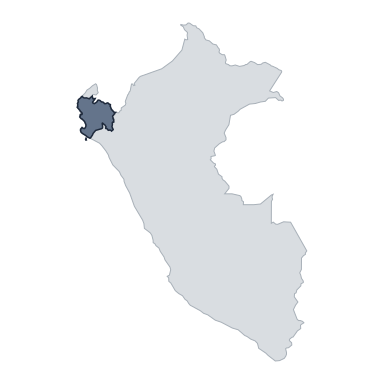 where Piura sits in Peru
{"feature_id": "PER-567", "entity_name": "Piura", "entity_type": "Department", "adm_level": 1, "iso_a3": "PER", "parent_name": "Peru", "parent_adm1": "", "projection": "mercator", "projection_center": [-80.245, -5.271], "detail": "fine", "context": "in_parent", "style": "filled", "palette": "slate", "viewbox_px": 384, "rotation_deg": 0, "n_neighbors": 0, "source": "natural_earth", "source_scale": "10m", "svg_char_len": 7030}
<svg xmlns="http://www.w3.org/2000/svg" viewBox="0 0 384 384"><path d="M283.5,99.2L283.4,100.4L282.0,101.0L280.6,100.1L278.6,100.4L275.6,97.6L268.4,98.1L265.3,101.3L260.5,102.0L255.3,103.5L249.5,104.1L240.2,109.2L238.1,111.3L234.0,114.3L230.5,115.3L228.9,124.7L225.5,130.1L224.2,133.1L226.0,137.6L226.0,139.8L224.1,141.6L222.6,141.8L219.4,143.7L214.7,147.9L213.9,151.1L215.4,155.3L214.9,155.7L211.0,156.5L211.1,158.9L210.3,159.8L213.6,163.1L215.4,163.9L215.5,164.8L215.2,165.6L214.5,166.0L214.4,166.7L216.8,169.2L218.5,174.2L222.0,176.7L222.0,178.3L223.0,179.9L224.8,181.1L229.0,186.1L229.0,188.4L224.7,193.8L231.9,193.8L239.8,195.6L240.9,196.5L241.8,198.9L241.9,200.5L243.5,201.8L243.3,204.7L253.7,204.7L260.5,204.0L271.4,195.0L273.1,194.3L272.2,196.2L272.1,197.7L272.6,199.2L271.4,201.4L271.3,223.3L273.2,222.1L275.8,224.2L277.7,224.3L283.6,221.8L290.6,222.2L306.8,250.9L305.4,252.9L305.4,254.4L303.5,255.6L301.5,258.0L301.4,269.4L299.7,272.9L300.6,274.7L301.5,278.4L303.0,280.6L303.4,282.0L303.2,282.6L301.0,283.8L300.8,285.9L296.8,290.0L296.1,292.8L294.5,293.7L294.3,296.9L297.9,302.0L295.6,305.1L293.4,309.6L297.1,319.2L298.6,320.6L300.2,320.5L302.6,321.4L303.9,322.8L301.0,324.6L300.5,325.4L300.7,328.6L297.4,330.9L293.1,337.0L291.9,337.3L289.7,339.1L289.3,340.1L289.7,340.9L291.6,342.7L291.8,345.0L288.6,347.7L286.4,348.0L285.6,348.7L286.5,352.5L286.5,354.2L285.8,356.1L284.3,358.3L279.6,360.6L275.3,361.0L268.1,355.4L265.8,353.1L258.7,348.3L257.5,343.4L255.1,340.9L250.7,339.1L247.2,336.6L244.6,335.4L238.2,329.8L232.2,328.0L221.2,322.2L215.3,320.2L207.7,314.8L203.6,313.3L200.3,310.7L190.3,305.3L188.8,303.6L187.2,300.9L185.0,299.3L182.5,295.7L178.8,293.6L175.3,290.7L170.9,283.1L168.8,281.3L168.7,277.9L167.2,276.3L169.4,275.2L170.7,269.8L170.0,267.1L165.0,259.9L164.0,256.9L160.3,251.4L159.0,248.1L156.0,245.7L154.8,243.6L153.2,242.7L153.1,240.2L151.9,235.4L150.3,232.9L144.4,228.4L143.9,223.5L142.6,220.1L134.4,206.3L129.7,193.1L125.7,185.7L124.1,181.5L123.9,179.2L121.0,175.3L119.4,171.7L112.8,164.9L109.0,157.3L108.4,155.0L105.8,150.8L101.6,145.4L99.5,143.2L86.8,136.5L80.8,132.4L80.1,130.3L80.4,129.1L81.7,127.9L83.5,128.8L84.6,128.4L85.5,126.9L85.5,124.7L84.4,121.8L80.3,116.2L81.4,113.6L77.2,107.1L78.2,100.8L79.1,99.2L85.3,92.8L87.0,90.0L89.7,88.3L92.4,85.8L95.6,83.8L96.5,84.5L97.5,87.9L97.3,90.2L98.2,92.7L96.0,95.0L93.6,94.5L92.6,95.1L92.2,96.2L92.6,97.9L93.3,98.6L95.1,98.7L92.6,102.1L92.8,102.7L94.5,103.3L96.2,102.5L97.9,100.6L99.0,100.3L105.2,103.6L108.1,103.2L110.3,104.7L110.5,107.1L113.6,111.8L118.3,112.9L119.0,112.5L120.1,110.8L121.1,110.5L121.3,107.9L125.3,105.1L125.9,103.2L125.3,101.9L125.5,100.8L127.8,94.7L128.5,94.0L129.2,92.1L130.2,90.9L131.5,84.0L132.6,84.0L133.7,85.6L134.9,85.2L134.2,83.6L134.5,83.1L138.9,77.6L140.3,76.4L161.7,68.8L172.4,61.0L181.9,50.1L184.8,39.1L185.9,39.8L187.7,39.6L187.1,35.1L187.5,33.0L187.4,32.4L184.5,29.7L183.3,26.8L180.7,25.1L180.8,24.5L183.6,25.1L186.0,24.9L188.1,23.0L189.7,23.2L193.2,25.7L195.8,25.9L196.6,27.7L199.2,29.0L202.8,32.8L204.4,36.9L204.3,37.7L205.9,39.9L209.4,40.9L212.8,44.0L216.4,44.9L218.1,47.7L219.0,48.6L219.5,50.2L219.0,52.0L219.5,53.0L222.2,54.7L224.4,54.7L224.9,55.5L226.2,60.0L225.4,62.4L225.7,63.6L228.7,64.7L229.6,65.7L231.9,65.9L235.3,65.0L239.5,66.4L242.7,65.8L244.2,65.5L245.7,64.5L246.9,64.5L250.2,61.6L251.1,61.3L254.6,62.6L257.6,64.6L261.2,64.3L262.7,63.0L265.3,62.3L270.1,64.8L271.2,65.9L272.5,66.2L277.6,68.6L278.5,69.6L281.2,70.5L281.7,71.3L281.6,72.2L269.6,90.9L273.3,92.5L276.8,91.5L278.6,92.8L279.9,95.8L282.6,97.9L283.5,99.2Z" fill="#d9dde1" stroke="#a8b0b8" stroke-width="1"/><path d="M92.2,96.1L92.2,96.4L92.3,96.7L92.6,97.1L92.7,97.3L92.7,97.5L92.6,97.8L92.6,98.0L93.0,98.8L93.6,98.9L94.4,98.6L95.2,98.5L95.0,98.9L92.6,102.1L92.6,102.4L92.7,102.8L93.0,103.0L93.8,103.5L94.1,103.6L94.4,103.6L94.5,103.6L94.7,103.4L95.5,103.0L96.9,101.9L97.1,101.6L97.3,101.4L97.5,100.7L97.8,100.3L98.0,100.2L98.9,100.1L99.1,100.3L99.4,100.4L99.7,100.4L100.0,100.5L100.4,100.8L101.0,101.5L101.3,101.7L101.8,102.0L102.3,102.0L102.8,102.0L103.2,102.2L103.7,102.6L104.1,103.2L104.5,103.6L105.2,103.7L106.4,103.4L107.0,103.0L107.7,102.9L108.2,103.1L109.1,104.1L109.3,104.1L109.5,104.3L110.1,104.4L110.4,104.6L110.5,104.8L110.5,105.0L110.1,105.8L110.1,106.2L110.6,106.9L110.8,108.0L111.3,108.9L111.3,109.3L111.5,109.7L111.8,109.9L112.1,110.1L112.5,110.3L112.6,110.5L112.7,110.9L112.8,111.0L113.3,111.3L113.7,111.7L113.9,112.1L114.1,112.4L114.6,112.5L115.4,112.5L114.9,113.0L114.7,113.6L114.6,113.9L114.2,114.0L113.7,114.9L113.5,115.2L113.2,115.4L112.7,115.9L112.6,116.2L112.6,116.5L113.0,117.5L113.0,117.8L113.1,118.1L113.0,118.5L113.1,118.8L113.2,119.0L113.4,119.0L113.5,119.2L113.7,119.3L113.8,121.9L113.7,122.2L113.3,122.2L113.1,122.1L112.8,122.1L112.6,122.2L112.3,122.8L112.2,123.0L112.3,123.3L112.4,123.6L112.4,123.8L112.4,124.2L112.3,125.2L112.0,126.4L112.0,126.7L112.1,126.9L112.3,127.4L112.4,127.6L112.4,128.0L112.5,128.4L112.6,128.5L112.8,128.7L113.0,128.9L113.2,129.6L113.0,129.9L112.8,130.0L112.6,130.1L112.4,130.3L111.8,130.9L111.5,131.1L111.1,130.6L110.8,130.3L110.0,130.1L109.8,130.1L109.6,130.1L109.2,130.2L108.8,130.3L108.6,130.3L108.3,130.2L108.1,130.1L107.9,130.0L107.7,129.5L107.6,129.3L107.4,129.1L107.2,128.9L106.9,128.8L106.7,128.7L106.2,128.6L105.9,128.6L105.7,128.4L105.6,128.1L105.6,127.9L105.7,127.7L105.8,127.4L106.0,127.2L106.1,126.9L106.0,126.7L105.9,126.5L105.6,126.2L105.4,125.8L105.3,125.6L105.1,125.2L104.9,125.0L103.8,124.2L103.0,123.4L102.5,123.1L102.4,123.1L102.2,123.6L102.5,125.4L102.6,127.3L102.5,127.8L102.4,128.1L102.2,128.2L101.6,128.7L96.0,130.3L95.7,130.4L95.5,130.6L93.3,133.2L93.0,133.6L92.9,133.9L92.7,134.6L92.6,134.8L91.1,137.1L90.5,137.9L90.0,138.2L88.3,137.4L87.2,136.8L86.0,135.7L84.7,134.8L83.1,133.9L81.5,132.7L81.0,132.0L80.6,130.9L80.6,130.2L80.6,129.4L80.6,129.2L81.0,128.9L81.1,128.5L81.2,128.4L81.6,128.4L81.8,128.0L81.8,127.7L82.0,127.4L82.3,127.5L82.7,128.0L83.2,128.3L83.9,128.5L84.4,128.6L85.1,128.0L85.8,126.7L86.0,125.0L85.5,123.6L84.6,121.6L84.0,120.9L82.3,119.3L82.0,118.9L81.6,118.8L81.4,118.9L81.0,118.6L80.6,118.0L80.1,117.5L79.7,116.9L79.8,116.7L80.0,116.6L80.3,116.1L80.3,115.9L80.1,115.7L80.4,115.4L80.3,115.1L80.2,114.7L80.4,114.4L80.7,114.5L81.0,114.3L81.3,114.6L81.8,114.6L82.1,114.2L82.2,113.5L81.8,112.6L81.2,112.0L80.6,111.6L80.2,111.0L79.9,110.4L79.3,109.6L77.8,108.0L77.2,107.3L77.3,107.0L77.5,106.9L77.8,106.6L77.8,106.3L77.6,105.9L77.8,104.9L77.8,104.6L77.7,104.3L77.5,103.9L77.4,103.6L77.5,103.3L77.6,103.1L77.8,103.1L77.9,102.9L78.0,102.7L78.3,102.1L78.3,101.7L78.0,100.7L78.1,100.3L78.3,99.9L78.6,99.5L78.8,99.3L80.3,98.2L80.8,97.8L81.1,97.2L81.3,96.9L81.7,96.7L82.0,96.7L82.2,96.4L82.3,96.5L83.4,97.6L83.8,97.8L84.7,98.0L86.1,97.9L86.6,97.9L87.2,98.1L89.0,98.7L89.2,98.8L89.3,98.8L89.4,98.7L89.6,98.6L89.9,98.1L92.2,96.1L92.2,96.1ZM86.2,138.3L86.0,138.7L86.1,139.0L86.2,139.4L86.2,139.7L86.3,140.0L86.1,140.0L85.8,140.0L85.8,139.9L85.8,139.7L85.8,139.4L85.6,139.2L85.8,138.8L86.0,138.2L86.2,138.3Z" fill="#64748b" stroke="#1e293b" stroke-width="1.5"/></svg>